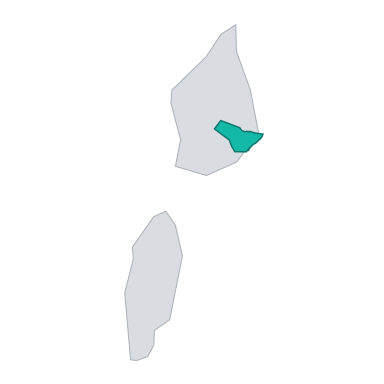 location of Gagaemauga I, Gaga'emauga, Samoa, rotated 85°
{"feature_id": "51752279B56154317281841", "entity_name": "Gagaemauga I", "entity_type": "district", "adm_level": 2, "iso_a3": "WSM", "parent_name": "Samoa", "parent_adm1": "Gaga'emauga", "projection": "orthographic", "projection_center": [-172.292, -13.543], "detail": "fine", "context": "in_parent", "style": "filled", "palette": "teal", "viewbox_px": 384, "rotation_deg": 85, "n_neighbors": 0, "source": "geoboundaries", "source_scale": "gbopen_adm2", "svg_char_len": 2351}
<svg xmlns="http://www.w3.org/2000/svg" viewBox="0 0 384 384"><g transform="rotate(85 192 192)"><path d="M138.3,120.6L165.8,144.5L176.8,176.1L165.0,206.3L139.0,198.8L101.3,205.3L88.7,203.1L58.5,166.1L37.5,149.4L29.0,133.8L55.8,135.5L94.7,125.1L138.3,120.6ZM353.8,267.8L286.7,267.8L253.5,256.3L241.7,256.2L213.2,232.2L208.9,219.7L223.9,211.4L254.9,207.1L317.3,225.4L326.6,241.6L341.0,243.4L352.1,250.4L355.0,261.7L353.8,267.8Z" fill="#d9dde1" stroke="#a8b0b8" stroke-width="1"/><path d="M134.8,160.1L136.5,158.1L143.3,150.4L150.5,148.3L155.6,145.8L156.6,135.1L156.6,134.9L156.5,134.7L156.4,134.5L156.2,134.4L156.2,134.2L156.3,134.2L156.2,134.2L155.9,134.1L155.8,133.9L155.9,133.7L156.0,133.7L155.8,133.5L155.7,133.5L155.6,133.4L155.4,133.2L155.4,132.8L155.3,132.7L155.5,132.5L155.5,132.4L155.4,132.4L155.5,132.3L155.5,132.2L155.3,132.1L155.2,132.0L155.3,131.9L155.2,131.8L155.2,131.7L154.9,131.6L154.7,131.5L154.4,131.5L154.1,131.5L154.0,131.4L154.0,131.5L153.8,131.3L153.7,131.3L153.4,131.2L153.2,131.0L153.0,130.8L152.8,130.6L152.7,130.5L152.7,130.3L152.5,130.2L152.4,130.1L152.4,129.9L152.3,129.7L152.2,129.4L152.1,129.2L151.9,128.9L151.7,128.7L151.3,128.5L151.2,128.4L150.9,128.2L150.6,128.0L150.5,127.7L150.4,127.6L150.3,127.4L150.2,127.4L150.1,127.2L150.0,126.9L149.9,126.7L149.7,126.4L149.6,126.1L149.5,125.9L149.5,125.7L149.4,125.6L149.3,125.3L149.2,125.0L149.1,124.9L148.9,124.5L148.9,124.4L148.7,124.1L148.5,123.9L148.3,123.7L148.2,123.6L148.0,123.3L147.9,123.3L147.9,123.2L147.5,122.7L147.4,122.5L147.3,122.4L147.2,122.3L147.1,122.2L147.0,121.9L146.7,121.6L146.4,121.4L146.0,120.9L145.8,120.8L145.8,120.7L145.7,120.5L145.5,120.2L145.4,119.9L145.3,119.7L145.2,119.5L145.2,119.4L145.1,119.2L144.8,119.0L144.7,118.9L144.3,118.7L144.1,118.4L144.0,118.2L143.8,118.1L143.7,118.0L143.5,117.8L143.4,117.8L143.3,117.7L143.1,117.6L142.7,117.3L142.5,117.2L142.3,117.1L142.2,117.1L141.8,116.9L141.7,116.8L141.5,116.7L141.2,116.6L140.9,116.5L140.7,116.3L140.5,116.2L139.8,119.5L138.6,124.4L136.6,129.3L136.8,129.6L137.0,129.8L136.9,130.3L136.8,130.5L136.9,130.8L136.7,131.1L136.4,131.3L136.3,131.6L136.3,132.0L136.4,132.4L136.5,132.7L136.6,133.0L136.7,133.3L136.7,133.7L135.4,136.8L132.1,138.9L123.3,157.1L126.5,160.0L128.1,161.5L131.1,164.1L132.0,163.2L133.1,161.9L134.0,160.9L134.8,160.1Z" fill="#14b8a6" stroke="#0f766e" stroke-width="1.5"/></g></svg>